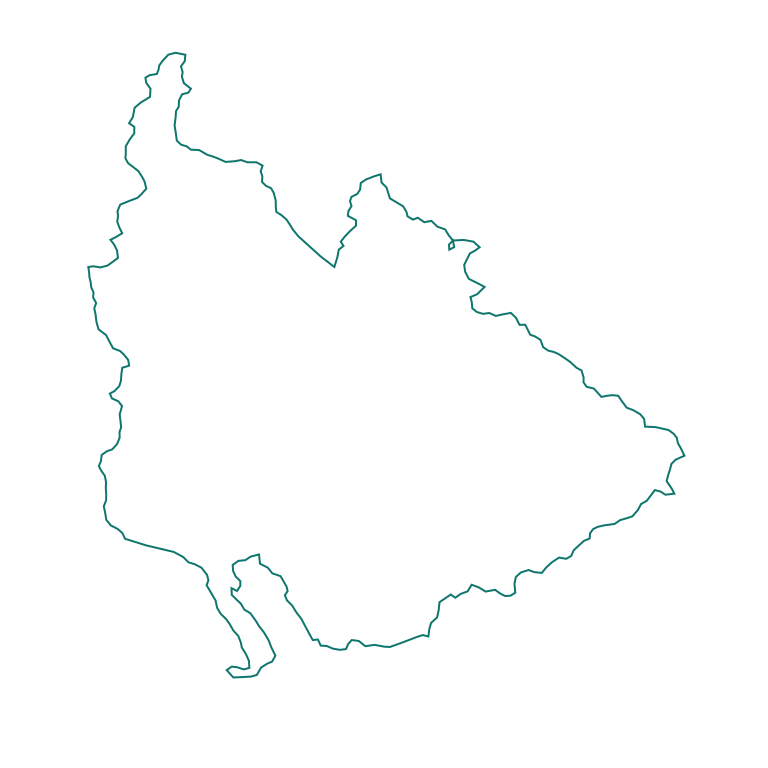 Choró, Ceará, Brazil (Natural Earth projection), rotated 276°
{"feature_id": "56859067B45544382813179", "entity_name": "Choró", "entity_type": "district", "adm_level": 2, "iso_a3": "BRA", "parent_name": "Brazil", "parent_adm1": "Ceará", "projection": "natural_earth1", "projection_center": [-39.181, -4.796], "detail": "fine", "context": "isolated", "style": "outline", "palette": "teal", "viewbox_px": 768, "rotation_deg": 276, "n_neighbors": 0, "source": "geoboundaries", "source_scale": "gbopen_adm2", "svg_char_len": 4733}
<svg xmlns="http://www.w3.org/2000/svg" viewBox="0 0 768 768"><g transform="rotate(276 384 384)"><path d="M83.0,257.5L76.4,264.8L77.9,274.9L79.2,282.6L81.4,288.0L89.2,291.4L93.7,297.2L96.2,301.7L102.4,304.4L110.6,299.3L117.0,296.1L124.5,290.5L130.3,284.9L135.3,281.1L142.1,275.0L145.0,268.7L150.7,264.5L154.1,260.0L158.4,254.6L165.0,253.7L162.8,259.5L168.2,262.2L173.0,261.7L177.0,256.6L182.3,253.5L188.2,252.4L192.9,257.7L194.3,264.5L198.4,269.4L201.4,277.5L192.3,279.5L189.2,287.6L184.0,292.8L182.1,301.2L177.0,304.9L172.3,308.3L168.0,309.8L163.5,307.5L158.6,310.2L154.3,315.6L147.4,321.0L142.1,326.1L135.5,330.6L127.8,335.8L121.9,339.9L123.0,345.0L117.2,348.4L117.5,354.4L115.5,360.7L115.0,367.9L116.4,373.9L121.6,375.5L126.0,378.7L125.8,385.8L121.3,392.8L123.6,402.1L122.8,411.7L123.1,417.4L126.5,424.5L129.7,431.0L136.0,443.4L138.4,449.0L137.5,454.5L145.3,454.7L151.3,455.8L157.4,461.2L164.4,462.0L172.8,462.0L181.6,472.4L178.9,477.3L183.3,482.3L186.5,488.8L193.5,492.2L191.6,499.6L188.2,506.7L190.9,516.0L187.7,521.6L185.8,526.7L186.7,531.9L190.2,536.4L199.0,534.6L205.8,535.3L210.8,539.7L214.1,547.1L212.6,553.4L212.6,560.7L218.6,564.6L224.3,569.7L229.7,576.3L229.2,583.5L232.6,588.2L238.4,590.0L243.6,594.5L249.0,599.4L251.9,604.7L256.8,604.5L261.4,607.0L264.3,611.5L266.6,618.3L268.9,627.9L273.3,633.0L275.8,639.3L278.4,644.9L285.3,649.7L291.5,652.2L295.4,657.6L301.9,661.5L306.8,664.4L306.0,670.1L303.3,675.5L305.3,684.2L310.0,681.1L317.0,675.2L324.1,676.3L329.0,677.4L334.6,678.2L339.2,681.9L344.1,690.3L351.6,685.6L355.8,682.5L361.1,680.8L364.7,677.4L368.0,671.7L369.5,658.7L368.9,648.1L376.5,646.3L380.7,642.0L384.0,634.7L385.8,627.9L391.5,622.6L396.8,618.1L396.8,612.9L395.8,607.6L393.9,601.6L397.5,597.6L401.4,593.2L402.4,585.8L406.6,582.2L411.2,581.9L418.1,579.0L420.3,573.7L425.6,566.6L428.8,560.7L432.0,554.5L433.6,549.6L434.4,543.7L437.3,538.4L444.3,535.0L447.1,529.2L448.3,524.2L453.0,521.3L457.7,518.2L457.0,512.6L463.7,508.3L468.0,502.7L465.6,494.6L463.4,488.1L465.6,481.2L464.1,475.1L465.3,468.8L468.5,463.9L474.3,462.8L479.5,460.9L482.9,467.1L491.0,473.9L493.6,467.7L497.4,457.4L504.1,453.0L510.7,451.3L517.1,453.6L522.9,455.8L525.9,460.3L530.0,464.8L534.9,458.1L535.6,448.4L533.9,437.5L538.8,432.7L544.1,428.7L546.1,420.6L551.2,414.1L549.1,407.2L552.9,400.2L550.5,395.6L553.2,389.9L557.6,388.3L562.7,384.5L566.4,376.6L569.2,370.5L574.5,368.2L579.8,365.9L584.1,360.5L592.2,358.7L589.3,352.1L585.7,345.0L581.5,339.9L574.9,339.9L570.3,337.6L566.6,332.0L562.2,331.1L557.6,333.1L552.4,330.6L547.5,330.4L543.9,339.1L538.5,339.6L532.6,334.3L526.4,329.5L521.0,326.1L517.1,329.3L512.9,325.0L505.3,324.4L495.2,322.4L504.2,307.7L522.0,283.3L528.3,277.0L533.2,273.3L537.3,269.9L541.3,264.2L543.9,258.9L550.0,257.7L555.2,257.1L562.5,254.4L566.9,251.2L568.8,245.8L572.2,241.6L577.9,241.3L582.6,239.1L588.5,240.4L591.2,233.9L590.2,225.0L591.8,218.5L590.0,212.5L588.3,203.2L590.7,196.1L592.2,190.7L593.5,184.2L597.3,175.8L596.9,167.3L599.7,163.1L600.8,157.2L604.4,152.5L611.9,150.7L619.2,148.7L627.6,148.9L633.5,148.6L638.3,150.9L644.6,150.5L651.0,152.9L653.3,159.0L657.5,161.1L662.2,153.6L668.3,150.9L673.2,151.1L678.8,148.9L684.2,152.1L690.7,152.0L691.6,142.1L689.0,135.1L682.6,130.3L677.4,127.2L673.0,126.9L668.6,125.7L666.6,118.6L663.7,114.7L658.6,116.1L653.2,120.9L645.1,121.3L638.6,112.8L632.7,107.1L623.2,106.3L616.7,103.2L613.7,108.8L607.1,109.4L600.7,105.6L593.4,102.3L586.6,103.1L581.5,103.2L576.8,106.5L573.7,111.6L570.0,117.5L564.7,121.8L560.3,124.7L553.5,127.2L547.7,123.1L543.4,119.5L539.8,112.2L534.8,102.9L528.1,100.9L522.9,102.0L517.6,101.7L511.9,104.5L506.6,107.9L502.2,102.2L498.8,96.9L494.6,100.9L489.0,104.5L481.5,106.2L476.4,100.6L472.9,96.7L470.3,89.8L470.7,82.8L469.5,77.7L463.9,79.1L459.0,80.0L454.7,81.6L449.4,82.8L444.6,85.6L439.8,85.6L434.4,89.3L429.0,87.9L422.9,89.9L415.8,91.5L408.5,94.4L403.6,102.5L397.8,106.3L391.2,110.8L389.2,118.1L386.3,122.0L381.2,127.1L375.6,128.6L372.8,122.0L366.7,121.8L359.4,122.0L354.1,120.9L348.8,116.7L345.8,112.4L341.2,115.0L339.0,121.7L334.6,125.8L326.2,124.3L318.7,126.0L313.4,127.1L308.7,126.0L303.0,126.7L296.6,124.9L290.6,120.6L288.2,115.5L284.0,110.7L277.5,110.5L272.6,109.0L268.4,111.7L263.6,115.9L257.5,117.8L251.3,118.2L245.1,119.3L239.2,119.8L233.1,118.1L226.0,120.4L219.9,122.0L214.8,127.1L212.1,134.1L208.5,139.3L203.0,142.7L198.7,163.9L195.0,192.5L190.9,202.5L186.2,208.2L185.0,214.5L182.3,221.6L175.6,228.0L170.4,229.9L165.3,228.6L158.2,233.9L151.1,239.1L144.0,241.4L138.2,245.8L134.0,251.2L129.4,255.4L123.0,260.0L118.2,265.4L111.8,268.7L107.2,270.1L101.0,274.9L94.5,278.6L87.6,279.8L85.5,274.4L87.0,267.4L87.0,262.0L83.0,257.5ZM533.9,437.5L527.5,439.5L524.4,434.9L529.5,434.1L533.9,437.5Z" fill="none" stroke="#0f766e" stroke-width="2"/></g></svg>